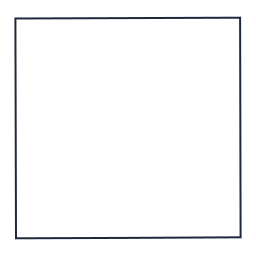 Keokuk, Iowa, United States of America
{"feature_id": "52423323B98264208336187", "entity_name": "Keokuk", "entity_type": "district", "adm_level": 2, "iso_a3": "USA", "parent_name": "United States of America", "parent_adm1": "Iowa", "projection": "equal_earth", "projection_center": [-92.237, 41.336], "detail": "fine", "context": "isolated", "style": "outline", "palette": "slate", "viewbox_px": 256, "rotation_deg": 0, "n_neighbors": 0, "source": "geoboundaries", "source_scale": "gbopen_adm2", "svg_char_len": 215}
<svg xmlns="http://www.w3.org/2000/svg" viewBox="0 0 256 256"><path d="M16.0,238.3L71.3,238.1L127.3,237.9L240.6,237.3L240.1,17.7L70.6,18.3L15.4,18.5L16.0,238.3Z" fill="none" stroke="#1e293b" stroke-width="2"/></svg>